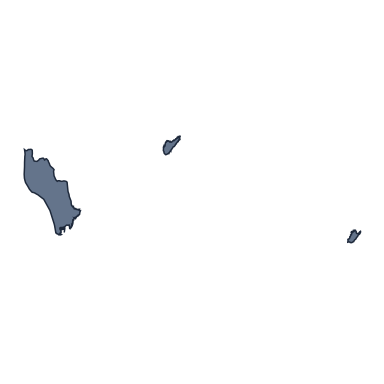 Akureyrarkaupstaður, Norðurland eystra, Iceland (Robinson projection), rotated 88°
{"feature_id": "244011B9807446828123", "entity_name": "Akureyrarkaupstaður", "entity_type": "district", "adm_level": 2, "iso_a3": "ISL", "parent_name": "Iceland", "parent_adm1": "Norðurland eystra", "projection": "robinson", "projection_center": [-18.184, 66.06], "detail": "fine", "context": "isolated", "style": "filled", "palette": "slate", "viewbox_px": 384, "rotation_deg": 88, "n_neighbors": 0, "source": "geoboundaries", "source_scale": "gbopen_adm2", "svg_char_len": 5636}
<svg xmlns="http://www.w3.org/2000/svg" viewBox="0 0 384 384"><g transform="rotate(88 192 192)"><path d="M210.1,305.0L209.0,305.0L207.4,304.4L207.5,304.6L207.2,304.7L206.9,304.8L206.7,304.6L206.4,304.6L206.3,304.8L206.0,304.9L206.3,304.9L206.1,305.0L206.1,305.4L205.7,305.3L205.9,305.6L205.7,305.7L205.9,305.8L205.8,306.0L205.8,306.6L205.6,306.9L205.6,307.0L205.2,307.5L205.3,307.9L205.2,308.0L205.3,308.1L205.2,308.2L205.3,308.2L205.3,308.4L204.8,308.7L204.8,309.0L204.7,309.0L204.8,309.4L204.5,309.6L204.5,309.9L204.6,310.1L204.1,310.2L203.8,310.4L203.9,310.5L203.5,310.6L203.3,310.8L202.9,310.9L202.9,311.1L202.7,311.1L202.8,311.2L202.4,311.3L202.3,311.5L202.2,311.7L202.3,311.8L202.1,311.9L202.1,312.1L201.6,312.3L201.4,312.7L201.0,312.9L200.2,312.9L199.9,313.1L196.9,313.2L192.3,314.8L190.2,315.0L187.1,315.9L177.8,316.5L177.2,317.2L176.9,317.6L176.5,319.3L176.5,320.2L176.7,320.9L176.8,321.9L176.5,323.4L176.2,323.6L176.1,324.8L176.1,325.5L176.6,326.3L175.0,327.7L171.0,329.3L167.2,329.6L166.4,329.6L164.8,329.1L163.4,330.2L161.6,332.2L160.8,332.8L160.0,333.2L158.5,333.6L156.8,334.4L155.8,334.6L153.9,336.1L153.7,336.5L153.9,337.1L154.2,337.6L154.9,338.1L154.8,338.3L153.4,339.0L153.0,339.5L153.0,340.3L153.6,343.1L154.7,344.0L156.0,345.8L155.6,348.6L154.6,349.1L152.3,349.7L151.1,350.6L150.6,350.6L148.2,350.2L144.8,350.2L144.1,350.6L143.8,351.2L143.7,352.4L143.9,353.0L143.8,354.1L144.8,355.3L144.9,355.8L144.8,356.5L144.6,357.0L143.8,357.9L146.2,357.6L148.8,357.5L150.4,357.8L156.3,358.3L160.9,358.5L168.4,359.1L172.4,359.0L174.4,358.6L176.8,358.0L180.7,355.8L183.5,354.4L186.4,352.1L186.7,351.6L187.2,349.8L187.5,349.2L188.6,347.5L189.3,346.2L192.9,341.9L193.4,341.2L194.1,340.4L205.5,334.6L218.9,330.9L220.8,330.5L228.1,329.5L228.1,329.3L228.3,329.0L229.1,328.4L229.2,328.1L229.2,327.5L230.1,326.8L230.3,325.0L230.0,324.2L229.8,324.6L229.6,324.6L229.2,325.4L228.7,325.5L228.5,325.1L228.2,324.9L228.3,324.6L228.1,324.3L227.2,324.2L226.6,324.3L226.4,324.6L226.0,324.7L225.9,324.6L225.9,324.3L225.1,324.3L224.7,321.2L223.8,321.2L224.3,325.4L223.4,325.3L223.1,325.0L223.1,324.5L222.9,324.4L222.9,322.9L223.1,322.9L222.9,322.9L222.8,321.9L222.4,320.9L222.7,320.8L222.8,320.5L225.1,320.6L228.0,321.1L224.2,320.4L222.2,320.4L221.6,319.6L221.4,319.4L220.9,318.8L220.7,318.3L220.7,318.0L220.9,317.3L220.9,316.9L221.2,316.6L220.9,316.7L220.8,316.3L221.1,316.2L221.3,316.2L221.2,316.3L221.5,316.0L221.2,315.8L221.9,315.6L223.8,315.6L224.2,315.5L224.3,315.3L224.2,315.3L223.8,314.4L221.6,313.5L222.1,313.3L221.2,312.8L220.7,312.8L221.3,313.2L220.8,313.4L220.0,313.2L219.8,313.3L219.7,313.0L219.4,313.0L220.8,312.5L219.8,312.5L219.6,312.4L218.9,312.6L218.7,312.4L219.5,312.2L218.6,312.1L218.1,312.3L217.7,312.3L217.7,312.1L216.9,312.2L216.1,312.1L215.8,312.1L215.8,311.9L216.2,311.8L216.9,311.9L217.4,311.9L216.3,311.8L216.1,311.5L215.6,311.5L215.3,311.3L215.4,311.2L214.8,311.1L213.8,310.6L213.4,310.2L213.4,309.9L213.9,309.9L214.0,310.0L213.9,310.3L214.5,309.8L214.1,309.6L214.4,309.5L214.4,309.2L214.1,309.1L213.1,308.7L213.1,308.4L212.5,308.2L212.4,308.0L212.1,307.7L211.8,307.2L212.0,307.0L211.2,306.6L211.4,306.2L210.8,305.8L210.7,305.4L210.3,305.3L210.1,305.0ZM136.9,202.4L136.4,202.0L136.0,201.9L135.8,202.0L135.9,202.3L135.8,202.6L136.5,203.3L136.3,203.6L136.8,203.7L136.8,203.9L137.1,204.1L137.0,204.3L137.5,204.6L137.4,204.9L137.1,205.0L138.2,205.7L138.2,206.3L138.8,206.6L139.0,207.1L139.5,207.4L139.6,207.9L139.9,208.1L139.6,208.4L139.9,208.6L140.3,209.2L140.2,209.4L140.6,209.9L141.5,210.6L141.3,211.0L141.2,211.6L140.9,211.8L141.3,212.0L141.1,212.4L141.2,212.6L141.0,212.8L140.4,213.0L140.4,213.6L140.3,213.8L140.0,213.9L140.0,214.2L139.9,214.5L140.4,214.8L140.4,215.0L140.0,215.4L140.2,215.6L141.2,215.9L141.4,216.2L141.3,216.5L141.9,216.8L145.0,217.4L145.3,217.6L145.3,217.8L145.5,218.1L145.0,218.5L145.2,218.4L145.5,218.4L145.3,218.3L145.5,218.1L146.0,218.2L146.1,218.3L146.1,218.5L145.3,218.6L146.2,219.0L148.2,219.0L149.1,219.2L149.9,219.1L150.1,218.9L150.7,218.6L151.9,218.6L152.7,218.1L153.8,217.0L153.7,216.5L153.3,215.5L153.0,215.1L153.0,214.8L152.4,214.1L152.7,213.8L152.5,213.7L152.3,213.5L151.3,213.0L150.8,212.5L150.4,212.3L150.5,212.1L150.3,212.1L149.7,211.7L149.9,211.6L149.4,211.5L149.0,211.0L147.9,210.4L147.1,209.7L146.5,209.4L146.1,209.0L146.0,208.3L144.9,207.3L144.0,206.9L143.3,206.0L142.9,206.1L141.7,204.9L141.3,204.8L140.9,204.4L141.0,204.0L140.5,204.0L140.3,203.7L140.0,203.6L139.8,203.4L139.7,203.1L139.1,203.1L139.0,202.8L139.4,202.6L139.3,202.4L138.9,202.2L138.8,202.6L138.6,202.7L138.1,202.7L137.4,202.4L136.9,202.4ZM238.9,25.6L238.7,25.2L238.4,25.1L237.7,24.9L237.2,25.0L237.7,25.8L239.2,27.0L239.3,27.4L239.2,28.1L239.3,28.3L239.2,28.8L238.4,29.3L237.2,29.3L236.8,29.7L236.1,29.9L236.1,30.1L235.7,30.5L235.8,30.7L236.4,30.8L236.5,30.9L236.4,31.0L236.1,31.0L237.0,31.4L237.0,31.7L236.8,31.9L237.2,31.9L236.9,32.0L237.3,32.0L237.0,32.1L237.4,32.2L237.5,32.3L237.4,32.3L237.5,32.4L237.2,32.5L237.4,32.6L237.4,32.8L237.0,33.1L237.1,33.3L237.5,33.3L237.8,33.5L237.3,33.6L237.2,33.9L237.7,34.3L238.5,34.3L238.0,34.1L238.4,33.9L239.1,34.0L238.7,34.2L239.3,34.0L240.3,34.7L240.4,35.0L241.2,35.1L241.4,35.2L241.3,35.4L241.5,35.2L242.0,35.3L242.3,35.5L242.2,35.7L242.3,35.9L243.0,35.9L243.4,36.0L244.2,36.5L244.6,37.6L245.1,37.7L245.2,37.9L245.7,37.8L246.8,37.7L247.1,37.8L247.3,38.1L247.6,38.1L247.5,37.7L247.4,37.6L247.6,37.5L247.3,37.5L247.4,36.4L247.9,35.8L247.8,35.6L248.1,35.3L248.2,34.3L248.0,33.7L247.6,33.2L247.3,32.2L245.7,31.3L244.7,29.9L243.2,29.1L242.3,28.1L241.0,27.5L240.6,27.2L240.5,26.8L239.7,25.8L239.2,25.6L238.9,25.6Z" fill="#64748b" stroke="#1e293b" stroke-width="1.5"/></g></svg>